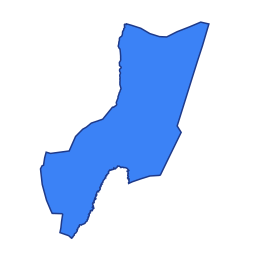 the district of Choibalsan, Dornod, Mongolia, rotated 354°
{"feature_id": "93677404B46281126061299", "entity_name": "Choibalsan", "entity_type": "district", "adm_level": 2, "iso_a3": "MNG", "parent_name": "Mongolia", "parent_adm1": "Dornod", "projection": "albers", "projection_center": [115.229, 48.891], "detail": "fine", "context": "isolated", "style": "filled", "palette": "blue", "viewbox_px": 256, "rotation_deg": 354, "n_neighbors": 0, "source": "geoboundaries", "source_scale": "gbopen_adm2", "svg_char_len": 5423}
<svg xmlns="http://www.w3.org/2000/svg" viewBox="0 0 256 256"><g transform="rotate(354 128 128)"><path d="M155.3,178.1L164.3,163.6L180.4,137.9L177.1,131.1L186.0,110.5L198.2,82.2L204.5,67.7L210.5,54.3L219.3,33.0L211.4,30.3L199.9,33.8L186.8,37.4L176.0,41.5L168.8,40.4L159.6,36.4L151.2,30.2L142.4,26.3L137.7,24.4L137.7,24.7L137.3,24.9L137.0,24.9L136.8,24.9L136.2,24.4L135.6,24.5L135.3,24.7L135.2,24.9L135.2,25.7L135.1,26.6L135.4,27.4L135.3,27.6L134.3,28.6L134.2,28.9L134.0,29.7L133.9,30.0L133.7,30.4L133.3,30.7L132.6,31.9L132.3,33.9L131.8,35.2L131.5,35.7L131.2,36.1L131.0,36.3L130.2,36.6L129.6,37.0L129.3,37.3L128.9,37.8L128.8,38.1L128.6,39.9L128.0,41.3L127.5,43.6L126.9,45.3L126.8,45.5L127.5,47.6L127.7,48.0L128.0,48.2L128.0,48.3L128.2,48.8L128.3,49.2L128.3,52.2L128.2,55.7L128.0,57.6L127.9,59.2L127.7,59.9L127.5,60.4L126.6,61.5L126.3,61.9L126.2,62.4L126.2,62.8L126.2,64.2L126.1,65.0L126.4,65.4L127.2,66.3L127.4,66.6L127.5,66.9L127.5,67.3L127.2,67.7L127.0,67.9L126.2,68.4L125.9,68.7L125.6,69.6L125.7,70.9L126.0,71.5L126.2,72.2L126.3,72.5L126.0,73.3L125.6,73.9L125.4,74.5L125.3,75.1L125.4,77.6L125.0,78.3L125.0,78.6L125.1,79.1L125.1,79.5L124.7,81.9L124.6,83.2L124.5,84.0L125.1,87.5L125.1,88.3L124.9,88.8L124.5,89.2L123.8,90.9L123.6,91.3L123.0,92.0L122.9,92.3L122.3,93.9L121.3,95.9L121.3,96.1L121.2,97.1L121.1,97.4L120.4,98.6L119.0,101.4L119.0,102.1L119.1,102.7L119.2,103.0L119.2,103.4L119.0,103.9L118.0,104.7L116.3,105.4L115.9,105.9L114.7,105.7L103.8,116.6L92.0,119.3L86.7,122.8L82.8,124.5L75.0,130.9L67.1,144.7L48.3,145.2L44.1,143.5L42.0,148.9L40.1,156.2L38.6,156.6L36.7,159.5L36.8,175.2L39.4,191.3L42.7,202.2L43.7,205.0L53.3,206.3L54.0,207.0L52.2,213.9L50.8,220.4L49.4,224.9L57.8,228.9L60.2,231.6L60.3,231.7L61.0,231.4L61.0,230.9L61.5,230.7L61.8,230.4L62.0,230.4L62.1,230.0L63.4,228.9L63.4,228.3L63.7,227.7L65.1,226.9L66.5,225.3L66.7,225.0L66.8,224.7L66.8,224.4L66.6,224.0L66.7,223.6L67.2,223.6L67.4,223.3L67.6,222.7L68.0,221.8L68.3,221.5L68.6,221.4L69.3,221.0L69.3,220.9L69.3,220.7L69.2,220.1L69.3,219.9L69.5,219.6L69.7,219.4L69.9,219.2L70.2,219.2L70.7,219.3L71.2,219.7L71.3,219.7L71.6,219.6L72.0,219.2L72.7,219.1L72.9,219.1L73.3,218.9L74.0,218.8L74.6,218.4L75.0,218.4L75.3,218.2L75.7,217.6L76.5,216.8L77.0,216.6L77.5,216.3L77.8,215.7L77.8,215.0L78.4,214.8L78.6,214.5L78.6,214.1L78.7,213.6L79.0,213.3L79.3,213.1L79.0,212.5L79.0,212.4L79.6,211.9L79.8,211.7L80.2,211.3L80.2,210.8L80.4,210.3L80.4,210.0L80.2,209.7L80.2,209.4L80.5,209.2L80.4,209.2L80.7,208.9L81.6,207.8L81.9,207.3L81.8,206.7L82.0,206.3L82.5,206.2L83.5,206.6L83.9,206.4L84.0,206.2L83.8,205.8L83.8,205.6L85.1,204.7L85.7,204.2L85.6,203.8L85.1,203.6L85.4,203.4L85.4,203.1L85.1,203.0L85.0,202.9L85.3,202.5L85.4,202.3L85.4,202.2L85.2,202.1L84.9,202.2L85.2,201.8L85.3,201.6L85.0,201.0L85.0,200.2L84.8,199.9L84.8,199.7L85.2,199.4L85.3,199.3L85.3,199.0L85.8,198.9L86.2,198.9L86.4,198.7L86.3,198.3L86.3,198.2L86.6,198.1L86.6,197.9L86.2,197.8L86.3,197.7L86.6,197.7L86.6,197.1L86.8,196.8L86.7,196.4L87.4,196.0L87.3,195.7L87.3,195.3L87.4,195.2L87.5,195.2L87.9,195.5L88.1,195.5L88.2,195.3L88.1,195.1L88.5,195.0L88.0,194.5L88.1,194.4L88.3,194.3L88.3,194.1L88.0,194.3L87.8,194.2L88.3,193.4L88.7,193.1L88.8,192.7L89.0,192.4L89.0,192.0L89.3,192.2L89.5,191.9L89.3,191.6L89.2,191.5L89.2,191.4L89.9,191.4L90.0,191.1L89.7,190.6L89.7,190.3L89.9,189.8L90.1,189.2L90.5,188.7L90.6,188.4L90.9,188.0L91.3,187.9L91.5,188.0L91.4,187.7L91.5,187.6L92.2,187.7L92.5,187.5L93.5,186.5L94.0,185.8L94.1,185.6L94.0,185.3L93.7,184.7L93.8,184.1L93.9,183.9L94.0,183.8L94.4,183.9L94.6,183.8L95.1,183.1L95.2,182.8L95.0,182.7L94.9,182.3L95.2,182.1L95.3,181.6L95.7,181.5L95.4,181.3L95.5,181.1L96.0,180.8L96.0,180.4L96.3,180.0L96.9,179.9L97.1,179.7L97.3,179.4L97.2,178.9L97.9,177.9L98.1,177.3L98.5,177.1L99.1,176.6L99.5,176.0L99.6,175.8L99.8,175.8L99.9,175.5L100.1,175.4L100.3,175.0L100.6,175.1L100.6,174.9L100.4,174.6L100.6,174.4L101.0,173.9L101.0,173.7L100.5,173.7L101.0,173.5L101.0,173.3L101.3,173.3L101.4,173.2L101.7,173.2L101.9,173.1L101.9,172.9L101.9,172.3L102.0,172.1L102.9,171.7L103.5,171.2L104.1,170.8L104.1,170.6L103.9,170.2L103.9,169.5L104.6,168.9L104.9,168.6L105.2,168.0L105.3,167.9L105.7,167.9L105.9,168.1L106.1,168.2L106.5,167.9L107.1,168.0L107.4,167.6L107.6,167.6L108.1,167.8L108.4,167.8L109.4,167.5L109.4,167.3L109.3,167.0L109.4,166.9L109.6,167.1L109.8,167.1L109.8,166.8L110.0,167.0L110.3,166.7L110.5,167.0L110.7,167.3L111.2,167.3L111.5,167.1L111.6,166.8L111.9,166.5L112.5,166.3L112.8,166.1L113.3,165.5L113.5,165.0L113.7,164.8L113.8,164.8L114.4,165.0L115.1,165.0L115.4,165.1L115.9,165.6L116.4,166.0L116.7,166.6L117.1,166.6L117.7,166.3L117.9,166.3L119.0,166.5L119.3,166.8L119.6,167.0L120.0,167.0L120.5,167.0L120.8,167.1L121.2,167.1L122.5,167.8L123.1,168.3L123.3,168.6L123.6,169.3L124.2,169.9L124.2,170.0L124.4,170.3L124.3,170.5L123.7,170.8L123.4,170.8L122.9,170.7L122.7,170.8L122.8,170.9L123.0,170.9L123.0,171.0L122.9,171.3L123.3,171.5L123.4,172.4L123.5,172.6L123.5,173.0L123.6,173.4L123.6,173.5L123.3,173.5L123.4,173.8L122.8,174.7L122.8,175.4L123.1,175.5L123.3,175.7L123.4,176.0L123.4,176.3L123.2,176.5L122.4,177.4L122.3,177.7L122.4,177.9L122.6,178.1L122.8,178.6L123.1,178.2L123.3,178.2L123.5,178.4L123.5,178.8L123.7,179.0L123.7,179.5L123.4,179.9L123.4,180.5L123.5,180.7L123.5,181.1L123.4,181.7L123.2,182.0L122.9,182.2L122.8,182.4L122.8,182.6L123.2,182.7L123.1,183.1L126.8,181.9L135.4,179.9L144.8,178.0L154.1,178.4L155.3,178.1Z" fill="#3b82f6" stroke="#1e3a8a" stroke-width="1.5"/></g></svg>